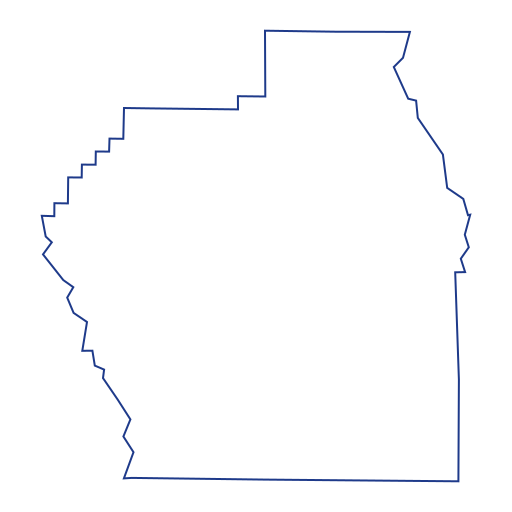 Stoddard, Missouri, United States of America
{"feature_id": "52423323B58883405017041", "entity_name": "Stoddard", "entity_type": "district", "adm_level": 2, "iso_a3": "USA", "parent_name": "United States of America", "parent_adm1": "Missouri", "projection": "robinson", "projection_center": [-90.02, 36.877], "detail": "fine", "context": "isolated", "style": "outline", "palette": "blue", "viewbox_px": 512, "rotation_deg": 0, "n_neighbors": 0, "source": "geoboundaries", "source_scale": "gbopen_adm2", "svg_char_len": 795}
<svg xmlns="http://www.w3.org/2000/svg" viewBox="0 0 512 512"><path d="M151.8,108.4L124.0,108.0L123.3,138.8L109.5,138.6L109.1,151.6L95.8,151.5L95.6,164.7L81.9,164.6L81.7,177.5L68.2,177.4L67.9,203.4L54.4,203.2L54.3,216.2L41.8,215.8L45.7,236.5L51.8,242.3L43.0,254.4L63.3,280.1L73.3,287.2L67.2,297.6L73.6,312.9L87.0,322.0L82.3,350.8L92.4,350.7L94.8,365.6L104.1,369.6L103.0,378.1L117.7,399.6L130.4,419.4L123.4,436.5L133.5,452.2L123.9,478.4L131.7,477.9L265.6,479.6L458.4,481.3L458.9,379.6L455.2,272.3L465.1,272.1L460.8,258.7L468.8,247.3L464.8,234.7L470.2,214.7L468.0,215.2L463.3,198.9L447.2,187.9L442.9,154.5L417.8,117.9L416.1,100.6L408.2,98.7L393.8,67.0L403.0,57.8L409.9,31.9L334.3,31.7L265.0,30.7L265.3,96.5L237.9,96.2L238.0,109.4L151.8,108.4Z" fill="none" stroke="#1e3a8a" stroke-width="2"/></svg>